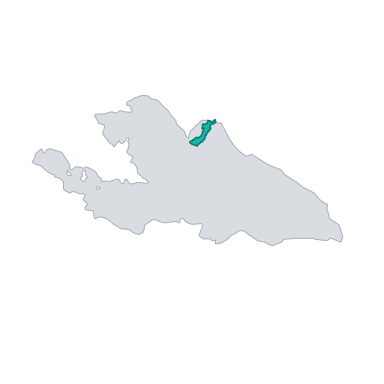 Jayyl, Chuy, Kyrgyzstan shown in context, rotated 32°
{"feature_id": "92254566B24091049368111", "entity_name": "Jayyl", "entity_type": "district", "adm_level": 2, "iso_a3": "KGZ", "parent_name": "Kyrgyzstan", "parent_adm1": "Chuy", "projection": "orthographic", "projection_center": [73.886, 42.775], "detail": "fine", "context": "in_parent", "style": "filled", "palette": "teal", "viewbox_px": 384, "rotation_deg": 32, "n_neighbors": 0, "source": "geoboundaries", "source_scale": "gbopen_adm2", "svg_char_len": 6761}
<svg xmlns="http://www.w3.org/2000/svg" viewBox="0 0 384 384"><g transform="rotate(32 192 192)"><path d="M88.6,227.2L89.5,226.6L92.5,226.1L98.4,225.7L100.4,226.2L104.4,228.8L107.5,228.6L108.1,228.9L109.2,231.0L113.6,228.1L116.7,227.3L118.4,224.3L121.8,220.7L124.6,220.2L124.7,220.8L125.2,221.3L128.1,222.2L129.0,221.3L129.5,220.0L128.5,217.9L128.5,217.0L129.5,215.7L134.1,217.8L135.1,217.8L137.2,216.7L139.2,214.8L139.9,213.2L149.4,208.3L150.1,207.4L150.0,206.8L146.0,205.6L144.2,206.2L142.6,206.2L141.6,205.4L136.8,205.1L135.7,204.6L132.6,200.9L128.7,198.6L126.8,198.6L124.5,199.5L123.8,199.1L123.6,195.7L123.2,193.6L121.9,193.1L120.1,193.9L115.3,192.7L114.8,188.4L113.1,184.6L110.6,183.0L110.6,180.7L109.7,179.8L108.9,180.0L107.9,181.1L108.4,183.6L107.9,186.1L107.3,187.4L106.2,188.3L104.9,188.3L102.8,186.9L102.2,194.5L101.8,195.0L99.2,193.8L97.1,194.2L94.0,193.6L91.6,192.3L87.1,190.7L85.0,189.3L83.8,184.1L82.7,182.3L81.5,181.8L76.6,183.4L71.7,180.1L69.3,179.3L68.7,178.4L68.8,177.2L76.6,171.9L79.7,168.1L81.6,166.5L86.4,165.0L87.6,161.4L88.0,161.0L92.9,159.5L98.4,156.5L98.5,155.6L98.0,154.9L93.3,151.8L90.8,153.1L89.4,151.4L89.4,149.7L91.2,146.8L92.6,145.4L93.2,142.6L95.2,140.8L97.3,137.8L99.8,135.5L104.3,133.8L106.8,134.4L109.2,134.1L112.8,132.7L115.0,132.6L124.3,135.1L127.4,135.3L134.6,138.4L140.3,139.9L143.0,142.8L152.1,144.1L154.6,145.0L155.5,146.4L158.1,148.1L160.3,148.5L158.4,141.7L159.2,137.7L162.1,126.6L163.6,125.0L171.0,121.9L172.7,119.6L178.0,119.6L179.1,119.2L179.7,117.9L196.2,127.4L202.4,130.1L211.1,132.4L218.4,133.1L219.6,132.5L222.4,128.6L223.8,128.4L241.9,128.6L254.7,126.2L256.6,126.2L261.5,128.2L276.8,128.2L282.8,129.3L292.3,128.3L296.3,128.3L303.7,130.6L306.3,131.0L311.0,131.2L312.8,130.6L313.8,131.2L315.1,134.5L319.8,138.6L321.6,140.9L323.3,141.7L331.9,141.8L335.1,142.5L343.6,150.2L344.9,154.9L344.2,155.9L335.9,157.2L334.0,158.0L332.2,161.8L321.3,166.9L319.6,166.9L305.0,176.0L294.9,183.5L294.6,186.9L288.8,194.8L284.2,195.9L280.3,195.9L273.9,198.5L265.6,198.1L262.8,198.3L257.3,197.5L255.1,198.1L252.8,199.8L249.8,205.9L248.5,207.4L248.0,208.8L247.6,211.7L246.4,214.9L243.8,219.7L241.6,222.0L239.4,223.4L237.6,220.6L234.8,222.7L232.2,222.3L230.6,223.0L226.9,225.6L221.4,225.6L220.8,224.7L219.6,217.9L218.6,214.6L217.8,213.9L216.8,213.8L209.1,219.4L205.4,220.4L202.4,220.6L198.5,219.1L197.7,219.5L197.0,220.3L196.7,221.5L197.9,224.5L197.6,225.1L195.8,225.1L193.4,225.9L185.9,232.3L181.1,234.0L176.7,234.7L174.0,235.8L172.5,238.2L169.6,244.8L169.7,246.1L170.9,247.9L171.8,251.9L171.6,252.9L169.2,256.2L166.2,257.2L163.8,257.7L159.2,257.2L156.8,257.9L152.5,260.4L148.9,260.8L142.1,260.8L135.5,259.8L133.3,260.1L127.4,261.4L125.4,263.7L124.3,265.8L123.7,266.1L121.4,264.1L118.5,260.7L117.0,260.7L111.6,263.4L110.9,263.3L109.4,262.2L109.7,257.9L108.0,256.9L104.4,256.6L103.2,255.6L103.7,252.9L103.3,251.8L102.4,251.0L100.5,251.2L96.7,253.4L92.3,254.0L90.7,254.7L88.9,257.7L83.1,258.1L81.2,257.3L77.8,251.6L74.8,250.7L71.7,250.8L67.5,252.0L66.5,250.8L65.5,250.4L64.5,251.3L59.3,251.3L54.1,250.9L51.2,250.1L49.2,250.0L45.3,251.3L40.6,251.4L40.4,246.1L39.1,242.6L40.8,236.9L41.7,235.1L45.1,237.4L46.4,237.1L46.8,236.0L46.3,233.4L48.2,230.6L60.7,227.4L74.1,233.6L75.7,237.3L76.9,237.2L78.9,235.7L79.6,232.6L82.3,230.9L88.2,229.0L88.6,227.2ZM95.2,240.2L95.5,239.6L94.5,236.9L96.0,234.4L93.2,233.9L91.9,233.1L90.4,230.5L89.8,230.4L89.0,231.1L88.5,232.7L88.8,234.6L90.8,236.3L89.7,239.9L93.8,240.4L95.2,240.2ZM80.8,242.1L80.8,241.4L79.8,241.0L74.7,239.8L74.9,240.5L76.8,243.3L78.3,243.5L80.8,242.1ZM111.5,238.5L111.8,236.8L108.7,237.7L108.3,238.6L109.4,239.6L110.7,240.1L111.5,238.5Z" fill="#d9dde1" stroke="#a8b0b8" stroke-width="1"/><path d="M172.0,150.4L172.0,150.1L171.9,149.8L171.7,149.4L171.9,149.1L172.1,148.9L172.2,148.7L172.3,148.5L172.3,148.3L172.2,148.0L172.1,147.8L172.2,147.5L172.4,147.4L172.6,147.2L172.9,146.9L172.9,146.7L172.9,146.3L172.8,146.1L172.8,145.8L172.9,145.5L172.9,145.3L172.8,145.0L172.8,144.8L172.9,144.7L173.1,144.7L173.4,144.7L173.6,144.6L173.9,144.5L174.0,144.2L174.1,143.9L174.2,143.6L174.3,142.9L174.3,142.6L174.4,142.0L174.4,141.3L174.4,140.7L174.5,140.5L174.5,140.1L174.6,139.8L174.7,139.6L174.4,139.2L173.9,139.0L173.8,138.6L173.8,138.3L173.8,138.1L173.6,137.6L173.5,137.3L173.4,136.9L173.2,136.7L173.0,136.3L173.0,136.1L173.1,135.9L173.3,135.9L173.5,136.0L173.9,136.6L174.0,136.6L174.0,136.3L173.9,136.1L173.9,135.9L173.8,135.6L173.7,135.4L173.7,135.1L173.8,134.6L173.8,134.4L173.7,134.1L173.6,133.9L173.4,133.5L173.4,133.2L173.4,132.9L173.5,132.6L173.6,132.4L173.6,132.2L173.6,131.8L173.7,131.5L173.7,131.3L173.8,131.3L174.0,131.4L173.9,131.0L174.1,130.9L174.1,130.5L174.2,130.3L174.1,130.2L174.1,129.9L174.2,129.7L174.2,129.4L174.2,129.2L173.8,129.0L173.5,128.8L173.6,128.4L173.7,128.1L173.7,127.9L174.0,127.7L173.6,127.4L173.0,127.3L172.6,127.1L172.2,126.7L172.1,126.4L172.2,126.1L172.3,125.8L172.3,125.6L172.4,125.3L172.5,125.0L172.6,124.6L172.7,124.3L172.7,124.2L172.8,123.9L172.9,123.7L173.0,123.5L173.1,123.3L173.2,123.2L173.4,123.0L173.6,122.9L174.3,122.8L174.3,122.6L174.4,122.3L174.5,122.0L174.6,121.5L174.7,121.1L174.8,120.6L174.9,120.4L175.0,120.2L174.9,120.0L174.7,119.8L174.6,119.7L174.1,119.2L173.7,118.9L173.5,118.7L173.3,118.5L173.0,118.8L172.8,119.1L173.1,119.4L173.0,120.1L172.8,120.4L172.6,120.9L172.4,121.3L172.2,121.6L172.0,121.9L171.7,122.2L171.6,122.3L171.4,122.4L171.1,122.4L170.7,122.4L170.1,122.1L169.7,122.0L169.3,122.2L168.9,122.6L168.5,122.6L167.8,122.8L167.6,122.9L168.2,123.6L168.3,123.9L168.3,124.2L168.3,124.5L168.1,124.8L168.0,125.1L168.1,125.3L168.2,125.7L168.2,126.0L168.2,126.5L168.1,126.8L167.8,126.9L167.2,127.4L166.8,127.6L166.4,127.9L165.9,128.3L165.3,128.6L165.1,128.8L165.1,129.1L165.2,129.5L165.5,129.9L165.8,130.0L166.2,130.4L166.3,130.6L166.3,130.9L166.4,131.2L166.6,131.4L166.7,131.7L166.7,132.1L166.6,132.4L166.5,132.6L166.7,132.8L166.9,132.8L167.1,132.7L167.3,132.3L167.4,132.2L167.7,132.2L168.0,132.0L168.0,131.8L168.2,131.5L168.4,131.5L168.5,131.8L168.7,132.4L168.8,133.0L168.8,133.6L168.8,134.0L168.8,134.4L169.0,134.9L169.1,135.4L169.4,135.7L169.4,136.1L169.5,136.4L169.6,136.9L169.8,137.5L169.9,137.9L169.9,138.2L169.7,138.7L169.7,139.0L169.7,139.3L169.9,139.6L169.9,140.1L169.7,140.6L169.5,141.0L169.3,141.2L169.1,141.5L169.0,142.0L168.9,142.3L168.7,142.7L168.4,143.1L168.1,143.1L167.7,143.0L167.4,143.1L166.8,143.4L166.5,143.9L166.2,144.3L166.1,144.9L166.0,145.3L165.9,145.8L166.0,146.5L165.9,146.9L165.6,147.2L165.0,147.3L165.0,148.1L164.8,148.5L164.2,149.1L163.9,149.7L163.7,150.1L163.7,150.7L163.7,151.2L163.5,151.3L164.6,151.3L165.9,151.4L166.6,151.5L167.0,151.5L167.4,151.4L167.9,151.2L168.4,151.1L169.3,151.0L170.0,150.8L170.4,150.5L170.9,150.4L171.6,150.3L172.0,150.4Z" fill="#14b8a6" stroke="#0f766e" stroke-width="1.5"/></g></svg>